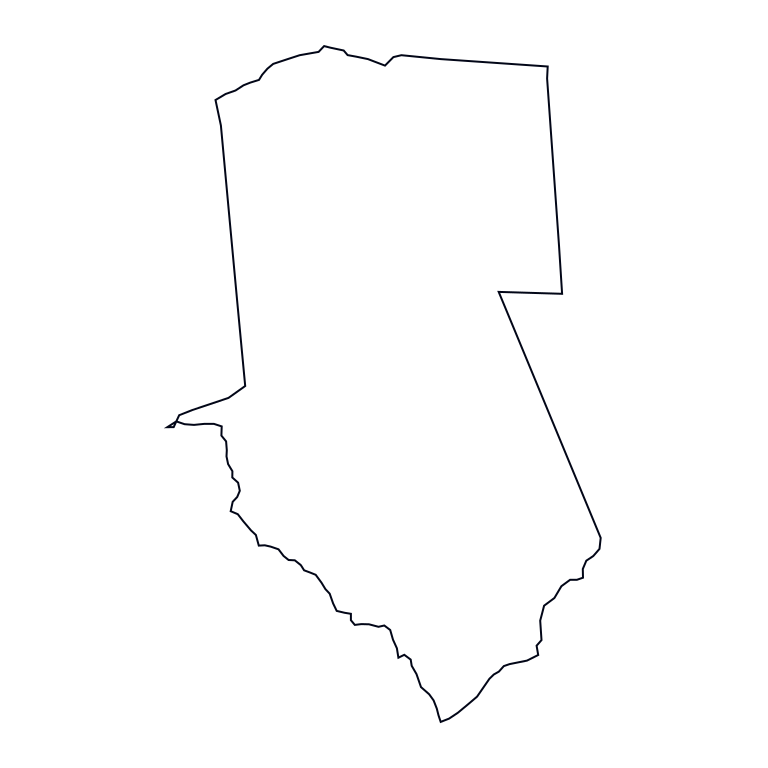 Catingueira, Paraíba, Brazil (orthographic projection)
{"feature_id": "56859067B50931657389991", "entity_name": "Catingueira", "entity_type": "district", "adm_level": 2, "iso_a3": "BRA", "parent_name": "Brazil", "parent_adm1": "Paraíba", "projection": "orthographic", "projection_center": [-37.613, -7.154], "detail": "fine", "context": "isolated", "style": "outline", "palette": "ink", "viewbox_px": 768, "rotation_deg": 0, "n_neighbors": 0, "source": "geoboundaries", "source_scale": "gbopen_adm2", "svg_char_len": 1639}
<svg xmlns="http://www.w3.org/2000/svg" viewBox="0 0 768 768"><path d="M176.3,421.4L184.6,424.2L194.0,424.9L204.0,423.9L214.0,423.9L221.7,426.4L221.4,435.6L226.1,441.4L226.8,450.2L226.5,456.4L228.1,464.1L232.4,471.2L232.3,477.5L238.1,482.7L239.8,490.8L237.2,497.0L232.7,501.8L230.7,511.2L237.8,514.2L243.3,521.3L251.0,530.4L255.9,535.0L258.8,545.6L264.8,545.3L270.6,546.6L278.5,549.3L283.6,556.0L288.6,560.0L294.8,560.3L300.9,565.2L304.1,570.3L310.0,572.5L315.7,574.8L321.5,582.7L325.4,589.1L329.7,593.7L333.1,603.4L336.7,610.9L344.7,612.8L350.9,613.8L350.9,620.2L354.8,624.9L361.4,624.1L369.0,624.3L378.5,626.8L384.3,625.5L390.2,630.0L393.0,639.7L396.9,648.3L398.4,657.7L404.3,654.8L410.7,659.6L411.7,665.8L416.5,674.1L421.0,687.1L429.2,694.3L433.6,700.4L436.8,708.6L438.5,715.3L440.7,721.9L449.1,718.6L457.8,712.8L468.3,704.1L477.1,696.6L489.4,678.8L493.8,674.5L498.9,671.6L503.8,666.1L509.6,664.1L527.0,660.6L538.2,655.0L536.6,645.7L541.5,640.1L540.2,620.6L541.9,614.2L544.1,605.7L554.4,598.0L561.4,586.2L570.1,579.8L576.9,579.8L583.0,577.7L582.8,569.0L586.3,560.7L593.3,556.0L599.5,548.9L600.7,537.9L514.2,329.2L498.7,291.9L562.1,293.8L559.0,245.4L547.1,78.5L547.7,66.5L440.8,59.1L401.4,55.2L393.4,57.1L385.0,65.6L373.7,61.3L368.0,59.1L356.4,56.7L347.6,55.1L343.7,50.5L330.5,47.7L324.1,46.1L318.6,51.9L312.8,52.9L299.7,55.2L288.0,59.0L273.2,63.9L267.4,68.7L262.2,74.7L259.0,79.9L250.3,82.6L243.5,85.3L235.5,90.5L225.6,94.0L215.5,100.0L220.9,125.5L230.0,223.9L237.4,303.5L245.2,386.0L228.5,397.9L192.4,410.0L179.2,415.2L176.3,421.4ZM176.3,421.4L167.3,427.2L173.7,427.1L176.3,421.4Z" fill="none" stroke="#020617" stroke-width="2"/></svg>